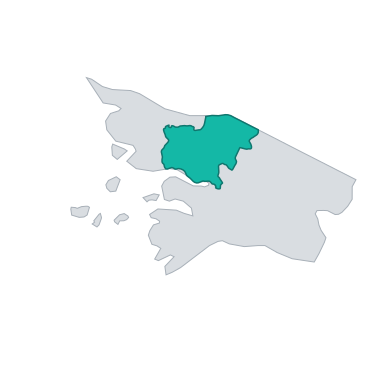 Guinea-Bissau, with Oio highlighted, rotated 27°
{"feature_id": "GNB-772", "entity_name": "Oio", "entity_type": "Region", "adm_level": 1, "iso_a3": "GNB", "parent_name": "Guinea-Bissau", "parent_adm1": "", "projection": "orthographic", "projection_center": [-15.268, 12.289], "detail": "fine", "context": "in_parent", "style": "filled", "palette": "teal", "viewbox_px": 384, "rotation_deg": 27, "n_neighbors": 0, "source": "natural_earth", "source_scale": "10m", "svg_char_len": 4802}
<svg xmlns="http://www.w3.org/2000/svg" viewBox="0 0 384 384"><g transform="rotate(27 192 192)"><path d="M46.0,138.0L51.3,137.1L64.3,138.7L74.4,136.9L81.5,133.8L91.2,129.5L100.6,128.2L129.9,130.2L155.3,125.0L174.2,115.3L191.7,106.4L214.3,106.5L238.6,106.5L273.0,106.6L300.3,106.6L332.5,106.6L332.3,114.5L338.0,125.8L337.2,134.1L334.8,142.1L332.7,145.3L329.8,147.1L321.2,147.1L317.6,148.7L311.8,151.8L311.7,155.5L316.3,158.9L320.1,163.8L324.5,167.6L332.1,171.9L332.8,176.8L333.1,189.2L332.7,198.9L311.5,206.0L295.2,207.3L281.4,206.6L275.4,209.6L263.4,216.9L248.8,221.3L241.2,221.6L237.6,224.2L231.9,231.8L216.1,264.6L210.8,272.5L206.5,277.6L201.6,270.6L205.4,257.8L201.3,257.9L193.2,268.4L189.2,268.7L189.8,256.4L185.2,255.9L180.0,256.8L172.7,250.3L172.0,245.5L172.6,238.8L177.0,234.5L176.4,232.7L172.1,232.2L167.3,233.4L164.4,231.3L169.3,222.6L186.3,215.3L194.8,214.6L203.6,212.9L198.8,206.6L188.4,204.1L180.1,205.9L176.0,210.4L170.8,211.2L162.3,200.5L162.4,195.1L165.6,188.8L170.6,185.9L190.3,186.0L197.8,182.4L200.8,181.8L203.7,178.5L203.1,176.4L199.9,176.2L192.5,180.5L168.7,178.9L161.2,181.4L147.9,191.2L131.7,196.5L119.9,194.2L123.7,181.1L122.0,179.4L118.3,177.2L101.0,181.3L87.9,175.3L82.8,168.0L83.7,159.0L89.9,152.9L90.9,149.8L84.4,149.2L72.4,153.0L46.0,138.0ZM103.0,265.8L95.3,267.2L91.8,262.3L91.3,260.4L95.3,258.8L97.1,258.7L100.2,255.2L104.0,252.8L105.7,252.0L107.6,252.2L109.0,260.1L107.1,263.3L103.0,265.8ZM123.7,225.8L119.1,228.9L114.5,227.4L112.0,224.7L112.3,219.7L117.6,212.8L122.4,213.7L123.7,225.8ZM115.6,184.8L110.6,196.9L104.4,195.5L100.1,188.3L99.6,185.3L112.2,184.4L115.6,184.8ZM140.7,250.5L140.7,254.5L136.6,253.7L135.4,252.5L137.8,245.2L141.4,242.0L145.8,242.5L147.1,243.5L146.3,246.3L144.3,248.6L140.7,250.5ZM157.3,218.9L156.4,221.2L150.9,219.2L158.9,210.9L164.1,209.5L163.9,215.9L159.9,217.2L157.3,218.9ZM124.1,263.5L123.2,266.3L117.6,265.8L118.9,263.1L117.6,262.3L119.3,254.0L120.1,252.7L122.9,255.8L123.3,257.1L124.1,263.5Z" fill="#d9dde1" stroke="#a8b0b8" stroke-width="1"/><path d="M196.5,106.5L222.8,106.5L223.9,108.5L224.1,109.7L224.0,110.8L223.8,111.5L223.6,112.0L222.1,114.6L221.7,115.5L220.7,116.9L220.3,117.7L219.7,119.3L219.7,120.1L219.9,120.7L220.2,121.0L222.6,122.6L223.9,123.9L224.2,124.2L224.4,124.6L224.7,125.1L225.0,125.9L224.9,126.5L224.6,126.9L224.2,127.2L223.8,127.4L223.3,127.6L222.8,127.8L221.7,128.7L221.3,129.0L219.7,129.5L215.1,130.5L214.6,130.7L214.5,131.2L214.8,140.9L214.9,141.5L215.1,142.0L215.3,142.4L215.6,142.8L217.5,144.3L217.9,144.8L218.1,145.6L218.3,146.9L218.1,148.8L218.0,153.3L217.8,154.1L217.4,154.4L216.4,154.3L214.5,154.2L214.0,154.1L213.5,153.9L210.9,152.5L210.6,152.4L210.2,152.3L209.8,152.3L209.3,152.5L208.8,152.6L208.2,152.7L207.7,152.6L207.2,152.5L206.7,152.5L206.3,152.7L205.9,152.9L205.6,153.3L204.7,154.4L203.9,155.5L203.8,156.2L203.8,156.8L206.8,162.0L207.2,163.0L207.6,165.4L207.8,165.9L208.1,166.3L208.5,166.5L209.6,166.8L210.4,167.2L210.9,167.6L214.8,169.8L215.1,170.3L214.9,170.8L214.6,171.7L214.4,172.4L214.4,173.0L214.6,173.7L215.2,175.1L215.4,175.7L215.5,176.1L215.4,176.4L215.3,176.5L215.0,176.7L214.6,177.0L214.1,177.2L213.6,177.4L212.6,177.6L211.5,177.6L211.2,177.5L211.2,176.9L210.6,176.2L209.9,175.8L209.9,175.4L208.9,175.1L207.8,175.1L206.9,175.5L206.1,175.6L204.0,174.7L202.9,174.5L201.6,174.9L198.6,176.7L197.0,177.1L196.2,177.8L193.5,180.9L192.1,181.8L189.9,182.2L188.1,181.9L184.2,180.6L180.5,179.9L179.3,179.4L177.9,178.1L176.1,176.9L173.9,176.4L171.7,176.5L169.6,177.1L168.8,177.6L167.3,178.9L166.6,179.2L164.6,179.1L163.5,179.2L162.7,179.5L159.7,182.6L159.1,182.9L158.1,183.3L156.3,182.3L155.8,181.8L154.5,180.2L153.7,179.9L152.5,179.5L152.0,179.1L151.6,178.7L150.5,176.6L149.9,174.6L149.6,174.0L146.5,170.2L146.2,169.4L146.1,169.0L146.1,168.3L146.9,165.5L146.9,164.7L146.8,164.0L146.7,163.4L146.7,162.9L147.9,158.8L148.0,157.8L147.9,157.0L147.7,156.6L147.4,156.2L146.9,155.9L144.4,155.1L143.9,154.9L143.5,154.6L143.1,154.3L142.2,153.2L140.0,151.3L138.6,149.8L138.4,149.4L138.2,149.0L138.2,148.6L138.3,148.2L139.1,147.5L139.2,146.9L139.0,146.5L138.8,146.1L138.9,145.4L140.0,144.0L140.6,143.3L141.1,143.0L141.4,143.4L141.5,144.4L141.9,144.6L142.4,144.6L143.0,144.6L143.5,144.4L143.9,144.1L144.0,143.5L143.9,143.0L143.8,142.5L144.1,142.0L145.0,141.7L145.7,141.6L147.5,141.7L148.1,141.6L150.0,140.6L150.4,140.2L151.0,139.3L151.5,138.6L155.1,136.3L157.0,135.6L158.0,135.1L159.7,133.9L160.7,133.5L161.4,133.4L161.9,133.5L162.3,133.5L162.7,133.5L163.1,133.3L163.7,133.3L164.2,133.4L164.6,133.7L165.1,135.3L165.4,135.6L165.8,135.9L166.3,135.9L166.9,135.7L170.1,133.4L170.6,133.2L171.0,132.8L171.5,132.2L172.1,130.0L172.3,128.6L172.4,127.3L172.0,125.1L170.3,119.0L170.0,118.5L175.1,114.7L181.0,112.0L186.6,108.0L189.0,106.9L191.8,106.4L196.5,106.5Z" fill="#14b8a6" stroke="#0f766e" stroke-width="1.5"/></g></svg>